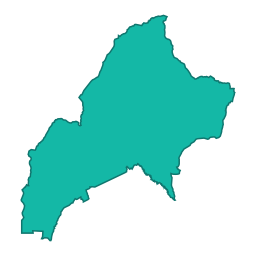 Ejura-sekyedumase, Ashanti, Ghana (Robinson projection)
{"feature_id": "2480657B28564915274944", "entity_name": "Ejura-sekyedumase", "entity_type": "district", "adm_level": 2, "iso_a3": "GHA", "parent_name": "Ghana", "parent_adm1": "Ashanti", "projection": "robinson", "projection_center": [-1.397, 7.385], "detail": "fine", "context": "isolated", "style": "filled", "palette": "teal", "viewbox_px": 256, "rotation_deg": 0, "n_neighbors": 0, "source": "geoboundaries", "source_scale": "gbopen_adm2", "svg_char_len": 5800}
<svg xmlns="http://www.w3.org/2000/svg" viewBox="0 0 256 256"><path d="M118.5,35.5L118.4,38.1L114.9,39.4L114.2,41.1L114.4,44.3L114.0,46.4L109.8,52.7L108.5,54.0L107.3,54.7L105.4,59.6L104.2,61.4L102.9,62.4L103.1,63.8L102.7,65.6L100.8,70.6L100.1,71.5L98.8,75.6L97.7,77.2L96.7,77.4L94.5,79.0L92.5,79.9L91.0,81.4L83.9,90.5L81.9,94.7L80.8,94.9L79.0,97.5L82.4,101.6L82.8,102.9L82.8,105.2L83.4,107.3L83.1,109.0L83.6,110.6L82.3,112.5L82.6,113.3L82.5,113.7L81.9,114.7L81.5,114.7L80.9,116.3L80.9,117.2L81.3,118.3L80.7,120.2L81.1,121.3L80.5,122.3L80.6,124.3L81.0,125.3L79.9,125.8L78.7,125.0L78.4,124.4L78.7,123.3L78.4,122.5L76.6,121.5L76.1,121.7L75.8,121.4L74.4,121.8L72.8,121.8L71.2,123.0L69.5,122.8L67.9,122.0L65.7,120.2L63.3,119.9L62.2,118.9L61.0,118.5L60.1,118.9L59.2,118.7L57.5,119.0L57.0,119.6L56.4,119.8L55.7,119.7L54.6,121.0L54.4,122.3L53.7,122.3L52.3,123.3L52.3,124.2L52.0,124.4L51.8,125.2L49.1,128.3L49.1,129.1L48.6,130.1L45.8,134.9L45.4,136.1L44.5,137.5L43.9,137.9L43.2,139.9L42.4,140.2L42.1,141.0L40.7,142.0L40.3,142.8L39.5,142.8L38.3,144.1L37.9,145.7L36.7,146.2L35.6,149.6L35.1,150.2L31.2,149.6L29.0,151.1L28.2,154.5L28.8,155.5L28.8,156.0L30.6,157.2L31.2,158.2L31.0,159.8L29.8,161.0L29.5,162.1L29.5,163.9L30.9,167.0L31.1,168.8L30.6,170.3L31.0,172.4L30.6,173.3L30.3,176.7L29.0,177.5L28.2,180.0L28.6,180.6L28.2,185.0L28.6,185.6L27.9,185.7L26.6,184.8L25.4,187.0L25.1,187.3L24.7,187.2L23.3,188.9L22.2,189.6L22.5,190.9L23.1,191.3L23.4,192.1L23.6,193.8L21.2,199.9L21.4,200.8L23.5,203.3L24.6,205.7L24.1,208.4L22.2,212.9L22.5,214.7L23.8,217.4L22.8,219.2L21.7,220.2L21.7,233.1L33.1,233.1L32.8,230.8L42.9,231.3L42.6,236.6L41.6,238.7L42.7,238.8L44.4,237.8L46.9,237.9L48.0,238.2L50.0,240.6L50.8,240.6L51.3,239.5L51.6,236.7L52.4,233.3L53.7,230.9L53.4,230.2L53.8,229.2L54.7,228.2L54.1,227.3L54.2,226.5L55.5,226.1L55.7,224.8L56.9,223.8L56.4,222.9L57.0,221.1L57.7,220.2L57.9,219.0L59.6,215.9L60.4,215.3L60.8,214.5L61.0,211.7L61.9,210.9L62.4,209.8L64.1,207.7L69.3,205.2L71.5,203.1L72.9,202.9L73.4,201.5L75.2,198.7L76.4,199.4L77.2,199.2L80.8,197.0L81.1,199.3L82.4,199.3L83.4,201.2L83.4,201.9L87.9,199.6L88.9,198.7L88.3,197.3L88.1,195.7L87.4,194.7L87.4,193.8L86.3,191.2L86.1,189.9L89.2,188.6L90.0,187.8L90.0,186.9L91.0,187.1L91.6,186.7L94.9,187.0L125.1,172.6L126.6,171.7L126.5,170.8L127.0,169.3L126.3,167.3L127.0,166.5L129.8,169.2L131.1,168.1L132.1,169.1L134.1,165.3L135.3,164.9L136.7,165.2L137.5,164.5L137.7,163.8L138.8,164.4L139.1,165.3L140.1,166.1L140.4,165.7L141.1,165.9L141.5,166.9L142.0,167.1L142.5,169.1L143.6,169.2L143.9,169.5L143.6,170.1L144.0,170.4L143.7,170.7L144.2,170.8L144.0,171.7L144.6,172.0L144.6,172.9L145.4,173.8L145.5,173.4L146.0,173.4L146.1,174.6L146.6,174.5L146.6,174.9L147.1,175.2L147.9,174.5L148.3,174.5L149.3,175.3L150.0,175.3L150.0,176.2L150.4,176.1L150.2,176.5L151.0,176.9L150.8,177.4L151.3,177.6L151.1,178.2L151.6,178.9L151.2,179.4L151.6,179.4L151.8,179.9L152.6,180.0L153.3,181.1L154.1,180.7L154.1,181.1L154.5,181.0L154.7,181.4L154.8,181.1L155.4,181.6L156.9,181.9L156.8,183.0L157.3,183.0L157.3,183.6L157.7,183.2L157.9,183.5L158.2,182.9L158.8,183.1L159.6,182.6L160.7,183.5L160.9,184.1L161.2,184.0L161.1,184.3L161.6,184.5L161.8,185.4L162.7,185.3L163.0,186.4L163.8,186.6L163.7,187.0L164.3,187.0L164.3,187.3L164.7,186.7L165.2,187.7L165.1,188.1L165.8,188.8L166.0,188.5L166.3,188.7L166.2,189.3L167.2,189.6L167.0,190.0L167.2,190.8L167.7,191.3L167.6,191.6L168.0,191.4L168.1,191.8L167.8,192.0L168.1,192.3L167.8,192.6L168.0,193.0L167.9,193.9L169.7,195.7L170.6,197.3L172.4,197.8L172.7,198.6L174.5,200.2L175.1,200.1L174.5,199.3L174.2,198.0L174.7,196.3L173.9,193.7L173.8,192.2L173.0,191.3L172.9,189.1L171.8,186.8L171.4,185.1L172.0,177.7L171.2,175.9L171.0,173.9L171.0,173.5L172.9,174.2L175.9,174.3L178.1,174.1L179.3,173.6L179.5,171.9L180.2,170.4L178.1,169.4L177.9,168.7L177.5,168.7L176.7,167.1L178.0,166.7L178.8,165.4L179.2,164.0L179.2,159.0L178.8,158.2L179.2,157.2L181.4,153.2L181.5,152.5L184.0,149.0L190.0,145.4L191.0,143.5L194.1,141.7L196.0,139.2L197.6,138.7L204.0,138.1L207.7,139.2L208.8,138.9L209.7,137.7L210.9,137.2L214.2,136.9L214.9,137.1L216.2,138.3L218.8,137.5L220.3,136.1L221.6,131.9L221.7,130.2L222.7,126.8L222.7,125.8L223.2,124.8L222.8,120.4L224.0,118.7L225.7,115.1L226.1,112.0L225.9,111.1L225.5,110.8L226.0,110.2L225.8,109.6L226.0,109.3L225.9,108.5L226.4,107.9L226.6,106.4L227.4,105.3L228.5,104.8L228.6,103.3L229.6,102.7L230.0,102.8L231.0,101.3L232.4,101.5L233.0,98.4L234.3,94.5L234.3,93.5L234.8,92.6L233.9,91.6L233.9,89.1L234.4,88.1L233.6,88.8L232.9,88.5L230.1,88.6L230.1,86.1L229.7,85.5L229.4,83.5L227.9,82.9L226.1,83.4L224.3,83.0L222.7,83.2L221.8,82.6L221.2,82.8L220.4,82.2L219.4,82.7L218.9,82.2L218.8,81.4L218.4,80.9L217.6,80.8L216.8,81.1L216.0,80.6L215.3,80.6L214.4,80.0L214.2,78.5L213.5,78.3L213.1,77.7L212.5,77.7L211.9,76.9L210.4,76.1L208.8,77.5L206.6,76.5L205.8,77.0L205.1,76.7L203.0,77.0L202.4,76.5L201.1,76.4L199.1,77.1L198.5,77.9L197.9,77.8L196.6,78.7L195.3,79.0L194.5,78.8L193.8,77.7L192.9,77.5L191.0,75.8L190.4,74.2L188.3,70.9L186.9,69.1L185.4,67.8L184.6,64.7L184.1,63.9L180.5,62.2L180.3,61.2L179.0,60.7L177.0,58.6L174.2,57.5L172.8,54.5L172.2,52.2L172.2,50.5L173.0,49.1L172.5,48.1L172.8,45.9L171.4,44.4L171.4,43.8L170.9,43.1L171.1,42.4L170.4,40.5L168.7,39.2L168.0,39.4L165.7,38.0L164.6,36.1L164.9,32.5L164.5,29.3L164.9,28.2L164.9,25.7L164.2,24.4L164.1,23.7L163.2,22.8L163.1,22.0L163.5,21.0L164.5,20.9L165.8,20.0L166.1,18.3L167.0,16.7L163.5,15.4L160.2,16.4L158.1,16.1L157.7,16.5L155.9,16.8L153.2,18.3L152.9,17.8L152.0,17.9L150.8,18.8L150.3,20.2L149.3,20.3L149.3,20.9L148.4,21.1L148.1,22.7L145.8,23.3L143.8,22.9L143.2,23.8L142.6,24.0L141.8,25.6L135.7,24.4L134.6,24.6L133.7,26.0L132.8,25.9L130.9,26.8L130.1,26.8L129.2,27.6L128.5,28.9L127.2,29.7L127.1,31.0L126.4,32.4L125.1,33.5L123.5,33.8L121.6,34.8L120.0,36.4L118.5,35.5Z" fill="#14b8a6" stroke="#0f766e" stroke-width="1.5"/></svg>